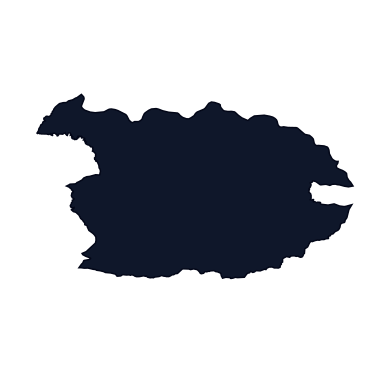 outline of Ebéjico, Antioquia, Colombia, rotated 96°
{"feature_id": "7082276B74110023604891", "entity_name": "Ebéjico", "entity_type": "district", "adm_level": 2, "iso_a3": "COL", "parent_name": "Colombia", "parent_adm1": "Antioquia", "projection": "equal_earth", "projection_center": [-75.78, 6.323], "detail": "fine", "context": "isolated", "style": "filled", "palette": "ink", "viewbox_px": 384, "rotation_deg": 96, "n_neighbors": 0, "source": "geoboundaries", "source_scale": "gbopen_adm2", "svg_char_len": 6042}
<svg xmlns="http://www.w3.org/2000/svg" viewBox="0 0 384 384"><g transform="rotate(96 192 192)"><path d="M146.3,49.9L146.5,51.4L146.2,53.0L145.1,55.2L144.1,56.4L139.6,59.4L136.0,60.2L134.1,61.2L133.2,62.1L132.4,65.4L132.5,70.9L132.8,72.8L132.5,74.1L130.9,75.5L126.7,76.9L125.2,78.4L123.4,81.1L122.9,85.8L117.4,93.8L117.1,95.1L117.8,103.3L117.6,107.6L118.2,110.0L118.0,111.9L116.0,113.6L112.7,114.8L111.4,115.6L110.1,117.3L109.1,119.5L108.5,122.8L108.1,128.2L109.9,138.0L112.8,141.8L114.9,143.6L114.9,144.5L113.1,150.1L110.9,153.9L108.4,157.2L107.9,158.1L107.7,161.0L108.2,164.8L108.0,168.5L107.3,169.8L105.1,172.0L104.2,172.6L102.3,173.1L101.6,174.3L100.6,178.9L100.5,182.1L102.1,184.6L107.1,187.5L108.4,188.8L112.0,195.3L113.5,196.7L115.9,197.9L118.4,200.9L119.6,202.8L119.8,205.1L118.8,209.1L117.2,211.8L115.6,213.5L115.0,214.7L115.1,223.6L114.3,229.6L113.1,234.0L112.8,236.4L113.7,241.0L115.3,243.6L118.1,246.8L119.1,247.6L122.2,248.7L124.8,249.3L125.9,250.2L127.2,251.8L127.6,252.7L128.0,256.5L129.3,258.4L128.9,259.7L127.3,262.0L123.0,264.8L121.9,266.0L118.8,274.1L118.1,277.1L117.9,280.7L118.1,282.2L118.6,283.5L121.5,287.8L123.3,296.6L123.2,301.7L121.8,307.4L120.3,309.6L118.8,310.9L117.6,310.9L110.9,309.1L109.9,309.2L108.7,309.7L106.5,312.2L110.3,316.4L110.7,317.5L112.8,320.3L114.4,324.5L115.5,325.3L116.3,326.9L116.6,329.3L117.9,332.9L118.5,333.6L121.8,336.7L124.1,338.1L125.0,338.2L127.1,339.4L128.4,339.4L129.0,340.2L130.2,340.2L130.7,340.6L132.0,342.0L131.8,344.3L132.1,345.1L133.3,346.0L134.0,347.0L135.0,347.0L136.6,345.4L137.0,346.4L137.9,347.5L140.1,348.0L141.0,349.3L143.7,350.1L144.7,350.8L147.2,351.1L149.6,352.3L150.0,351.6L149.4,350.4L150.0,349.5L149.8,348.9L150.0,348.0L149.5,342.7L149.8,340.9L149.7,340.2L148.8,339.1L149.8,338.5L150.4,336.8L150.0,336.5L148.7,337.3L148.4,337.1L147.8,334.7L148.7,333.3L148.9,332.2L149.9,332.2L150.2,332.0L150.2,331.4L149.1,330.6L148.1,330.3L148.0,326.6L146.2,324.4L147.2,324.0L148.7,322.4L148.8,321.9L146.4,321.3L146.0,320.7L145.9,319.8L146.2,319.2L147.2,319.0L147.4,318.3L148.2,318.7L148.0,318.0L148.2,317.6L149.6,317.5L149.4,316.7L149.6,316.4L150.5,317.1L151.0,317.0L151.4,316.5L151.7,315.2L151.1,315.0L151.1,314.6L152.1,314.0L151.8,313.3L151.8,312.6L151.0,311.6L150.2,311.8L150.1,311.0L149.7,310.3L149.4,310.5L149.5,311.6L148.5,311.4L148.3,310.8L148.5,309.9L148.1,309.3L148.6,308.2L148.2,307.7L148.6,307.3L149.5,307.6L149.8,307.4L149.4,306.1L149.8,305.3L149.8,304.4L150.4,304.3L151.6,305.4L151.7,304.9L151.4,304.3L151.9,304.1L152.0,303.7L152.8,303.9L153.2,302.3L153.5,302.3L154.1,303.3L155.0,302.8L155.9,301.0L156.2,299.1L157.7,297.3L157.6,296.0L157.8,295.6L158.5,295.2L159.6,295.3L160.3,294.7L161.7,295.3L162.6,293.4L164.2,291.8L167.3,291.6L168.3,292.5L169.7,292.2L170.6,290.6L170.9,291.0L171.4,290.8L171.5,289.9L171.9,289.3L175.2,287.4L177.7,286.9L179.2,285.7L181.0,285.2L184.6,285.6L184.8,286.4L184.9,289.6L187.2,295.5L187.8,298.3L189.4,301.1L191.6,302.7L193.9,306.0L194.6,307.4L195.1,307.6L195.8,308.4L196.2,309.3L197.0,314.2L197.5,314.7L199.2,317.4L200.0,314.7L200.6,314.1L201.3,312.5L202.4,312.1L203.7,310.1L204.6,310.7L205.2,310.4L205.5,311.3L208.4,311.6L210.4,310.3L210.7,308.9L211.1,308.5L212.0,309.0L212.7,310.2L214.3,309.9L215.5,310.8L216.4,310.7L218.1,311.6L219.4,311.2L219.8,310.7L220.2,308.9L219.6,307.6L220.1,307.4L221.3,308.1L221.9,310.1L222.3,310.1L223.9,307.9L224.3,305.4L226.8,302.0L230.0,299.9L231.4,297.8L232.6,297.0L233.6,295.8L234.7,295.2L235.7,295.2L236.2,293.4L236.8,292.5L237.6,292.5L241.0,290.5L243.5,286.2L244.9,284.5L246.8,282.9L250.1,282.4L252.9,282.7L262.4,291.0L264.6,294.9L265.7,294.1L267.0,291.0L268.2,286.4L268.5,285.9L269.0,286.0L270.0,287.4L271.3,292.0L271.7,292.5L274.0,293.2L275.4,294.4L279.1,296.5L278.9,294.7L279.0,291.2L278.5,287.5L279.2,282.2L279.2,280.0L279.8,278.6L279.9,275.2L280.4,271.6L281.1,269.7L281.0,264.4L281.6,260.1L281.9,259.2L283.4,258.0L283.5,257.2L282.9,254.1L281.4,252.3L281.4,248.5L281.0,246.1L281.2,244.3L280.5,243.2L281.1,241.0L281.7,239.9L282.0,238.1L281.6,235.3L280.4,231.4L280.7,229.4L280.3,228.7L281.3,227.4L281.7,224.7L281.3,222.9L281.3,221.3L280.5,220.3L279.5,215.9L278.2,213.6L278.7,210.8L278.5,210.2L278.8,208.7L278.5,206.1L277.5,204.4L276.5,203.4L276.3,202.1L275.9,201.2L275.1,200.4L274.5,197.9L269.6,193.6L269.3,192.7L268.9,187.1L269.3,185.3L268.3,182.4L268.6,179.3L268.9,178.3L270.6,176.3L272.0,175.2L272.3,174.2L271.6,172.0L269.9,170.9L269.8,168.9L269.2,167.7L269.1,166.4L268.5,165.4L267.9,161.9L268.7,160.0L268.7,158.4L269.8,154.9L272.4,154.0L274.5,152.6L273.3,149.5L273.1,144.9L273.8,144.7L273.9,144.2L273.3,142.1L272.3,140.0L272.4,137.8L271.3,131.0L267.7,128.9L266.9,128.0L266.3,126.3L264.7,125.4L265.0,124.4L265.5,123.8L265.6,123.1L264.9,121.4L264.1,120.8L263.5,119.8L263.3,115.9L261.2,111.8L261.4,110.4L259.8,109.4L258.6,107.4L258.2,104.4L258.9,102.3L258.5,97.9L257.5,96.5L255.8,96.6L254.5,95.6L253.3,95.9L252.2,94.6L249.2,94.9L248.5,94.5L246.3,91.3L246.7,88.0L245.5,87.3L244.9,84.9L244.8,83.1L245.1,81.7L244.7,80.3L245.6,77.5L245.2,75.9L244.0,75.0L242.0,74.5L241.3,73.8L236.6,73.9L235.3,72.1L234.4,71.2L230.6,69.9L228.8,68.9L228.6,68.3L228.8,67.3L227.4,64.4L226.6,61.9L226.7,60.5L225.7,58.2L225.5,55.8L224.5,54.0L224.0,51.5L223.4,51.4L222.4,51.9L221.8,51.6L221.0,49.9L219.3,49.2L219.0,47.5L216.4,45.5L214.9,43.0L213.7,42.0L211.6,41.2L208.5,41.0L207.1,39.4L206.4,37.4L205.7,36.9L204.1,36.8L201.4,35.3L193.0,34.1L187.9,31.7L190.1,37.3L190.6,39.1L190.5,43.8L189.0,49.4L190.8,55.3L190.7,62.2L190.1,63.2L189.2,63.1L188.9,63.6L189.0,66.0L189.6,67.1L188.8,68.8L189.1,70.2L187.8,70.7L187.2,70.2L186.8,70.4L186.9,71.1L187.6,72.3L187.3,73.5L186.0,72.9L183.0,73.2L181.3,73.9L180.0,75.8L178.5,75.7L178.0,76.1L177.3,75.5L176.5,75.9L174.5,74.8L172.5,74.3L170.7,75.3L169.8,73.7L168.2,72.7L168.8,69.7L171.3,65.4L171.4,64.7L170.4,60.2L170.4,58.9L171.0,55.6L169.6,53.1L169.2,49.8L169.5,48.5L169.5,46.0L170.3,41.0L170.5,36.9L169.2,32.5L165.7,35.3L164.2,37.1L161.3,39.3L157.3,40.3L156.0,42.1L154.9,44.5L153.9,48.1L152.9,50.5L150.8,51.3L148.0,50.0L146.3,49.9Z" fill="#0f172a" stroke="#020617" stroke-width="1.5"/></g></svg>